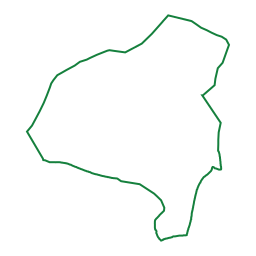 the district of Hajjah City, Hajjah, Yemen
{"feature_id": "15242507B42868066819458", "entity_name": "Hajjah City", "entity_type": "district", "adm_level": 2, "iso_a3": "YEM", "parent_name": "Yemen", "parent_adm1": "Hajjah", "projection": "natural_earth1", "projection_center": [43.605, 15.684], "detail": "fine", "context": "isolated", "style": "outline", "palette": "green", "viewbox_px": 256, "rotation_deg": 0, "n_neighbors": 0, "source": "geoboundaries", "source_scale": "gbopen_adm2", "svg_char_len": 4243}
<svg xmlns="http://www.w3.org/2000/svg" viewBox="0 0 256 256"><path d="M43.3,160.1L45.1,160.3L49.6,162.2L50.4,162.2L51.5,162.2L53.0,162.2L53.5,162.2L54.8,162.2L55.3,162.2L55.8,162.3L56.3,162.2L56.9,162.2L57.3,162.2L58.0,162.2L58.5,162.2L59.0,162.2L59.4,162.2L60.2,162.3L60.7,162.3L61.2,162.6L61.7,162.6L62.2,162.6L63.3,162.9L64.0,162.9L64.5,163.0L65.3,163.2L65.8,163.1L66.3,163.4L66.9,163.4L67.3,163.6L67.9,163.7L69.0,164.2L69.7,164.5L70.2,164.7L70.8,164.7L71.6,165.2L72.6,165.7L73.0,165.9L73.9,166.2L74.7,166.6L75.6,166.9L76.3,167.0L77.6,167.8L78.0,167.8L79.0,168.3L79.8,168.5L80.5,168.9L81.7,169.3L82.4,169.5L83.0,169.8L84.0,170.2L84.9,170.6L85.9,170.8L86.5,171.2L87.3,171.4L88.5,171.6L89.0,172.0L90.3,172.2L91.0,172.7L91.4,172.9L91.8,173.1L93.5,173.6L94.4,173.9L96.0,174.3L96.6,174.3L98.4,174.9L99.1,175.0L100.3,175.4L100.7,175.5L102.1,175.9L102.5,176.0L103.1,176.1L104.0,176.2L104.5,176.4L105.4,176.6L105.9,176.7L106.5,176.8L107.3,176.9L107.7,177.1L108.6,177.1L109.1,177.3L109.5,177.4L110.3,177.6L110.7,177.6L111.5,177.9L112.2,178.0L112.7,178.0L113.6,178.2L114.2,178.2L115.2,178.3L116.0,178.4L116.6,178.4L117.4,178.6L121.1,181.2L139.7,184.2L154.1,193.6L157.0,196.3L161.1,200.3L164.3,207.7L164.0,210.7L163.8,210.9L163.1,211.7L162.6,212.1L162.3,212.4L161.9,212.9L160.9,213.7L160.5,214.2L159.6,215.0L159.0,215.9L158.2,216.7L157.5,217.5L156.8,218.2L156.4,218.5L155.7,219.4L155.2,220.0L155.0,220.8L154.9,221.3L154.9,222.0L154.9,222.5L154.8,223.1L154.9,223.8L154.9,224.6L154.9,225.2L154.9,225.9L154.9,226.4L154.9,226.9L154.9,227.4L154.9,227.9L155.0,228.3L155.2,229.0L155.2,229.6L156.1,230.4L156.5,231.3L156.3,232.6L156.3,233.1L156.6,233.6L157.0,234.7L157.2,235.3L157.5,236.0L158.0,237.0L158.4,237.6L159.0,238.2L159.3,238.9L159.7,239.2L160.4,239.8L161.1,240.6L162.0,240.3L162.6,240.0L163.0,239.9L163.3,239.4L163.8,239.2L164.3,239.2L164.8,238.9L165.2,238.9L166.0,238.5L166.8,238.5L167.2,238.4L168.1,238.1L168.8,237.9L169.9,237.7L170.7,237.6L171.3,237.3L172.1,237.2L172.5,236.8L173.3,236.4L173.8,236.4L174.4,236.4L175.0,236.4L175.5,236.3L176.2,236.2L177.7,235.9L179.5,235.6L180.8,235.6L181.8,235.6L182.8,235.6L183.5,235.3L183.9,235.3L184.4,235.3L185.0,235.3L185.5,235.3L185.9,235.3L186.7,235.1L186.9,234.0L187.3,233.0L187.3,232.5L187.5,231.8L187.7,231.3L187.7,230.7L188.0,230.0L188.3,229.4L188.3,228.9L188.4,228.4L188.6,227.9L188.9,227.4L189.1,226.5L189.5,225.5L189.7,224.8L189.9,223.9L190.1,223.0L190.3,222.3L190.6,221.5L190.6,221.0L190.8,220.1L191.2,219.4L191.2,218.7L191.1,218.2L191.3,217.6L191.2,217.1L191.5,216.5L191.6,215.7L191.7,214.7L191.7,214.2L191.7,213.7L191.9,212.9L191.9,212.2L192.2,211.7L192.2,211.1L192.5,210.2L192.7,209.3L192.7,208.8L192.9,208.2L193.1,207.4L193.2,206.3L193.5,205.0L193.9,203.0L194.0,202.0L194.3,200.6L194.6,199.6L194.6,199.0L194.9,198.3L195.0,197.5L195.2,196.9L195.2,196.2L195.5,195.7L195.5,195.2L195.9,193.8L196.1,193.2L196.2,192.9L196.3,192.0L196.6,191.0L196.7,190.3L196.8,189.8L197.2,189.3L197.5,188.3L197.8,187.3L198.2,186.7L198.3,186.1L198.8,185.2L199.0,184.7L199.3,184.1L199.6,183.6L200.0,182.9L200.4,182.6L200.8,181.3L201.4,180.4L202.0,179.4L202.5,178.8L202.9,178.3L203.4,177.5L204.0,176.9L204.8,176.5L205.4,175.9L205.9,175.5L206.6,175.0L207.3,174.6L211.0,171.0L211.8,169.5L212.0,168.1L212.6,167.0L213.6,167.1L214.8,168.3L216.1,168.5L218.9,169.6L219.5,169.6L220.1,169.6L221.0,169.4L221.2,168.9L221.1,168.1L221.1,167.1L221.0,166.3L220.7,165.7L220.7,165.2L220.7,164.7L220.7,164.2L220.5,163.7L220.5,162.3L220.4,161.2L220.2,160.4L220.2,159.3L220.0,158.3L220.0,157.1L219.7,156.3L219.6,155.2L219.5,154.4L219.3,153.6L219.0,152.6L218.8,151.8L218.4,151.4L218.3,150.8L218.1,150.6L218.3,144.4L218.3,139.8L218.7,132.3L220.7,122.8L202.3,95.4L202.8,95.4L214.6,85.2L215.4,78.7L217.8,68.2L221.9,63.6L222.6,62.8L227.5,49.0L229.0,44.9L226.2,39.6L221.7,36.7L216.8,35.1L211.6,32.7L206.6,30.1L206.1,29.9L201.1,27.7L196.3,24.3L191.6,21.1L168.2,15.4L162.8,21.4L162.7,21.6L151.9,33.8L141.8,43.6L125.2,52.4L114.3,50.9L109.5,50.2L107.3,50.7L102.2,52.7L96.9,54.8L92.1,57.0L89.7,58.1L86.8,59.6L81.5,61.3L79.9,61.8L74.7,65.6L70.0,68.1L66.3,70.1L61.6,72.8L57.3,75.2L53.5,80.0L51.2,83.5L49.9,87.4L46.8,95.5L43.8,102.8L39.7,111.2L35.5,119.1L32.0,125.6L27.0,131.6L42.9,158.6L43.3,160.1Z" fill="none" stroke="#15803d" stroke-width="2"/></svg>